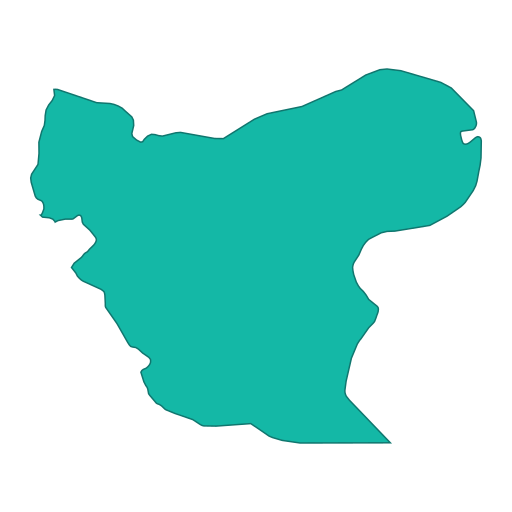 outline of Aleppo
{"feature_id": "SYR-137", "entity_name": "Aleppo", "entity_type": "Province", "adm_level": 1, "iso_a3": "SYR", "parent_name": "Syria", "parent_adm1": "", "projection": "robinson", "projection_center": [37.495, 36.172], "detail": "fine", "context": "isolated", "style": "filled", "palette": "teal", "viewbox_px": 512, "rotation_deg": 0, "n_neighbors": 0, "source": "natural_earth", "source_scale": "10m", "svg_char_len": 3188}
<svg xmlns="http://www.w3.org/2000/svg" viewBox="0 0 512 512"><path d="M387.0,69.0L400.8,70.7L440.8,82.4L451.3,88.0L473.6,110.7L476.4,122.1L476.5,123.0L476.4,124.3L476.0,125.8L474.8,128.1L473.8,129.1L472.8,129.7L462.2,131.1L461.4,131.4L460.7,131.8L460.4,133.2L460.6,135.4L461.7,139.9L462.4,141.9L463.1,143.3L463.8,143.8L464.6,144.1L465.5,144.2L466.4,144.1L468.1,143.5L470.2,142.1L475.3,137.8L476.7,137.0L477.6,136.7L478.5,136.8L479.4,137.1L480.1,137.6L480.6,138.2L480.9,139.0L481.1,139.9L481.3,140.9L481.0,157.9L480.1,165.1L478.6,172.4L478.6,172.6L477.0,181.2L475.7,185.6L473.2,190.6L465.2,202.4L463.3,204.4L460.8,206.7L447.0,216.2L429.8,225.4L394.9,231.1L387.1,231.4L381.2,232.8L372.6,237.2L369.0,239.1L367.9,240.0L365.6,242.4L363.3,245.5L361.4,249.1L358.8,255.1L354.2,262.1L353.4,263.8L352.9,265.6L352.6,267.4L352.9,270.5L353.7,274.6L356.3,282.1L358.3,285.8L360.2,288.4L363.3,291.4L366.0,294.9L368.7,299.4L368.9,299.6L377.3,306.4L378.1,307.6L378.4,309.1L378.1,311.7L377.7,313.0L377.3,314.1L377.0,314.8L376.0,317.8L374.6,321.4L374.1,322.1L373.0,323.4L368.8,327.6L360.8,339.0L360.2,339.6L359.2,341.0L357.3,344.0L351.4,358.2L346.1,381.2L344.9,390.2L344.9,391.4L345.0,392.7L345.5,394.4L345.9,395.5L346.4,396.4L349.5,400.3L390.3,442.8L300.1,443.0L282.2,440.4L272.7,437.6L269.1,436.1L255.0,426.4L254.9,426.4L250.8,423.6L216.1,426.1L203.8,425.9L202.2,425.5L200.4,424.6L192.8,419.6L174.8,413.4L166.0,409.8L164.9,409.1L161.7,406.0L160.4,405.1L159.2,404.4L157.5,403.8L156.4,403.2L149.8,395.4L148.6,393.7L147.8,389.2L147.2,387.5L145.8,385.5L143.9,381.8L140.9,372.2L141.9,370.5L143.3,369.4L145.7,368.4L146.4,368.0L147.7,366.9L148.7,365.8L149.4,364.9L150.2,363.4L150.5,362.5L150.6,361.4L150.6,360.4L150.5,359.5L149.8,358.5L148.8,357.3L142.7,353.1L138.4,349.1L135.8,347.5L132.6,347.0L131.6,346.7L130.7,346.4L129.3,344.9L127.7,342.4L117.0,323.6L105.7,307.4L105.4,306.5L105.3,305.5L105.3,303.3L104.9,295.3L104.6,293.5L104.1,291.8L102.8,290.6L100.8,289.2L83.2,281.2L81.3,280.0L79.4,278.3L77.4,276.1L75.9,273.1L71.5,267.5L74.2,263.2L81.2,257.6L82.4,256.3L83.4,254.9L84.4,253.7L84.9,253.3L85.3,253.0L87.3,251.8L87.9,251.2L89.5,249.2L93.8,245.0L94.8,243.7L95.7,242.1L96.1,241.2L96.3,240.2L96.3,238.8L95.4,237.1L89.9,230.2L83.4,224.3L82.3,222.1L81.8,218.1L81.6,217.3L81.2,216.5L80.8,215.8L80.1,215.3L79.0,215.1L77.6,215.5L73.2,218.8L72.1,219.1L65.3,219.1L58.0,220.6L55.3,222.0L55.3,221.9L52.9,219.2L49.4,217.8L42.5,217.1L40.4,215.1L41.3,215.0L42.5,212.7L43.9,208.9L43.9,206.7L43.7,204.8L43.1,203.0L42.1,201.3L41.1,200.6L37.8,199.2L36.3,197.9L35.2,196.0L31.2,182.2L30.7,178.0L31.6,174.2L38.0,164.4L39.0,153.5L38.9,142.2L41.7,131.4L44.3,125.5L45.0,120.5L45.2,115.6L46.1,110.0L48.7,105.0L52.2,100.5L54.6,95.6L53.9,89.4L55.8,89.3L57.8,89.5L58.0,89.6L96.7,102.7L110.0,103.5L114.0,104.4L118.2,106.0L122.2,108.2L125.4,111.2L131.8,116.9L133.4,120.2L133.7,125.5L131.8,133.6L132.6,136.6L136.5,140.0L140.7,142.2L142.7,141.7L144.3,139.3L147.6,136.1L151.5,134.3L155.0,134.6L158.5,135.6L162.4,136.1L175.8,132.8L180.5,132.4L214.7,138.5L223.4,138.6L239.4,128.6L254.4,119.2L267.2,113.7L302.0,106.5L335.7,91.5L341.6,90.0L345.4,87.6L365.8,75.0L379.9,69.7L387.0,69.0Z" fill="#14b8a6" stroke="#0f766e" stroke-width="1.5"/></svg>